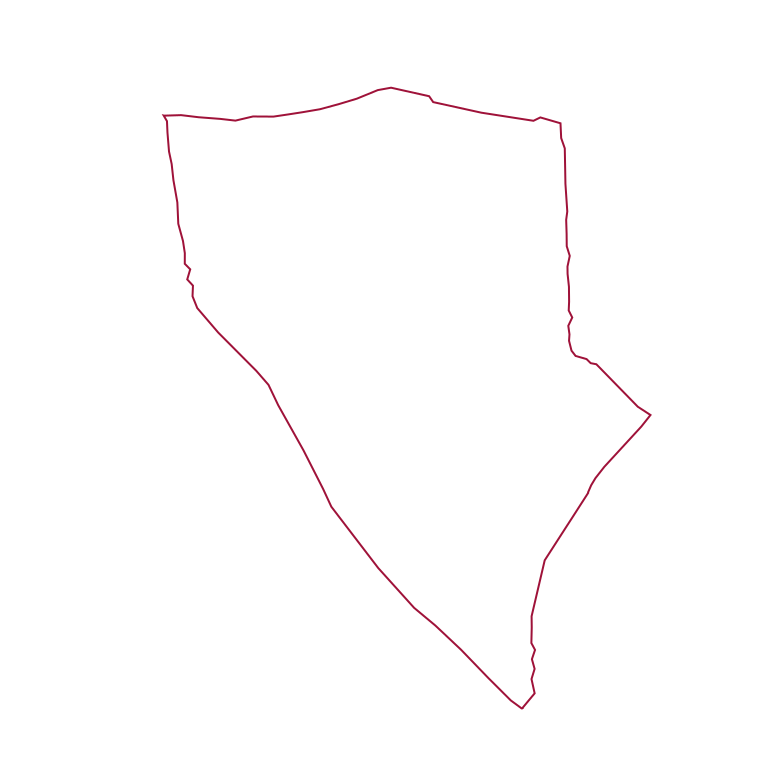 the district of Delami, South Kordufan, Sudan, rotated 281°
{"feature_id": "16777658B3840179969595", "entity_name": "Delami", "entity_type": "district", "adm_level": 2, "iso_a3": "SDN", "parent_name": "Sudan", "parent_adm1": "South Kordufan", "projection": "orthographic", "projection_center": [30.319, 11.667], "detail": "fine", "context": "isolated", "style": "outline", "palette": "rose", "viewbox_px": 768, "rotation_deg": 281, "n_neighbors": 0, "source": "geoboundaries", "source_scale": "gbopen_adm2", "svg_char_len": 1359}
<svg xmlns="http://www.w3.org/2000/svg" viewBox="0 0 768 768"><g transform="rotate(281 384 384)"><path d="M668.9,427.8L670.1,378.5L675.1,373.4L676.2,334.4L671.3,321.8L658.9,302.9L650.2,286.4L641.5,268.7L635.3,252.3L630.3,238.4L625.4,224.5L621.6,204.3L614.2,187.9L613.0,172.7L610.5,151.2L609.2,133.5L605.5,117.1L605.5,116.5L600.6,120.8L589.4,123.5L571.2,128.6L559.4,133.6L543.9,138.4L522.8,146.5L502.0,151.5L486.0,159.4L474.5,163.5L464.0,165.5L459.6,171.9L449.1,170.9L444.1,177.7L433.6,179.3L422.9,186.2L415.2,195.9L402.9,211.4L372.5,256.2L361.1,270.8L343.0,284.2L303.4,317.7L269.3,344.3L253.5,355.7L229.7,382.5L202.2,413.5L170.0,456.3L156.7,480.5L137.8,510.4L115.3,542.5L97.6,568.8L91.9,580.8L91.9,581.0L91.8,581.3L92.2,581.8L92.3,581.7L92.5,581.8L109.1,590.9L122.5,585.1L133.1,586.2L142.1,581.7L151.8,583.0L157.8,578.1L173.1,575.5L184.2,573.2L241.6,575.4L279.1,590.4L287.8,593.9L316.1,605.2L316.6,605.0L324.2,606.7L331.9,609.5L344.8,616.1L391.3,644.7L404.4,651.5L410.1,637.5L443.9,588.7L443.9,582.9L447.1,578.1L448.1,566.7L452.5,561.7L461.7,557.4L468.1,556.6L476.3,553.8L485.2,556.1L491.4,551.3L500.1,550.0L514.7,547.0L527.1,543.2L534.3,541.7L545.2,541.9L554.1,537.1L566.3,534.6L579.9,531.5L588.3,531.0L615.1,523.9L629.7,520.8L649.8,516.5L659.2,511.0L673.6,507.5L675.5,486.6L670.9,480.5L668.9,427.8Z" fill="none" stroke="#9f1239" stroke-width="2"/></g></svg>